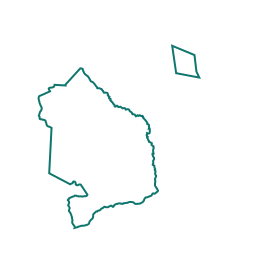 the district of San Manuel Colohete, Lempira, Honduras, rotated 156°
{"feature_id": "27666195B44208219646971", "entity_name": "San Manuel Colohete", "entity_type": "district", "adm_level": 2, "iso_a3": "HND", "parent_name": "Honduras", "parent_adm1": "Lempira", "projection": "natural_earth1", "projection_center": [-88.691, 14.444], "detail": "fine", "context": "isolated", "style": "outline", "palette": "teal", "viewbox_px": 256, "rotation_deg": 156, "n_neighbors": 0, "source": "geoboundaries", "source_scale": "gbopen_adm2", "svg_char_len": 5810}
<svg xmlns="http://www.w3.org/2000/svg" viewBox="0 0 256 256"><g transform="rotate(156 128 128)"><path d="M126.1,58.5L126.2,59.9L126.1,60.4L126.4,61.7L126.6,62.8L126.7,63.9L126.7,64.6L126.4,65.2L126.0,66.0L125.4,67.3L124.6,68.2L124.4,69.5L124.1,70.5L123.8,70.8L122.0,72.4L121.8,72.8L121.7,73.2L122.0,74.1L122.0,74.4L121.8,74.9L121.5,75.9L120.8,76.6L120.5,77.1L120.5,77.5L120.7,78.8L120.4,79.2L120.0,79.1L119.9,79.2L119.9,80.3L119.7,82.0L119.5,82.6L119.3,82.9L119.4,83.1L120.2,83.9L120.4,84.2L120.4,84.3L120.3,84.6L119.9,84.9L119.6,85.4L119.1,85.7L118.9,86.1L118.6,87.4L118.4,87.8L118.1,88.1L117.1,88.6L116.7,89.2L116.5,89.9L116.3,90.4L116.7,91.7L116.6,92.1L116.6,92.7L116.3,94.3L116.1,94.5L115.4,93.9L115.1,94.0L114.9,94.8L114.6,96.2L114.3,97.1L114.0,97.7L113.5,98.3L112.6,99.3L112.6,99.5L112.7,99.8L112.7,100.0L112.2,100.7L112.2,101.0L112.3,101.3L112.7,101.8L113.2,102.4L113.3,102.9L113.3,103.1L113.2,103.4L112.5,104.2L112.4,104.4L113.4,105.8L114.3,106.6L114.5,106.9L114.5,107.0L114.2,107.1L114.1,107.3L114.1,107.6L114.4,108.6L114.3,110.3L114.4,110.7L114.5,111.2L114.3,111.9L113.6,112.0L114.0,113.2L113.8,114.1L113.7,114.2L113.4,114.2L113.3,114.3L112.6,115.6L112.3,115.3L112.1,114.8L111.6,114.6L111.0,114.5L110.6,114.6L110.2,114.8L109.9,115.1L108.6,118.1L108.4,118.6L108.4,118.8L108.6,119.0L108.8,119.1L109.1,119.1L108.5,119.9L108.2,121.2L108.1,121.4L107.8,121.6L107.7,121.9L107.7,122.3L107.8,122.8L108.8,124.0L108.3,124.8L108.3,125.0L108.6,126.8L108.9,127.9L109.0,128.4L109.2,128.7L109.4,129.0L109.5,130.1L110.1,131.3L110.0,131.7L109.6,132.0L109.8,133.1L110.4,133.4L111.0,133.4L112.1,134.9L112.6,134.9L113.2,134.7L113.6,134.8L114.0,135.7L115.7,135.5L116.1,135.6L116.1,136.2L116.1,136.5L116.5,137.6L117.3,138.3L117.9,138.7L118.3,138.8L118.4,139.2L118.2,139.8L118.2,140.2L118.6,141.2L119.1,141.9L119.5,142.5L119.6,144.3L119.7,144.6L120.2,145.1L120.8,145.4L121.3,145.5L122.5,145.6L122.6,145.8L122.6,146.3L122.6,146.9L122.7,147.2L122.9,147.4L123.4,147.7L125.0,148.2L125.5,149.1L126.0,150.2L126.3,150.5L126.6,150.6L128.0,150.9L128.3,151.1L128.5,151.6L128.7,152.4L128.9,152.8L129.4,152.9L130.1,152.7L130.5,152.6L131.0,152.8L131.3,153.0L131.4,153.6L131.0,154.3L131.0,154.9L131.4,155.5L131.6,156.1L131.7,156.8L131.7,157.6L131.8,157.9L132.2,158.3L132.2,158.9L132.3,159.4L132.8,159.9L132.9,160.3L132.9,160.5L132.8,160.8L132.6,161.0L132.2,161.3L132.1,161.7L133.1,162.7L133.2,163.0L133.0,163.4L132.2,164.2L132.9,165.2L133.2,166.0L132.8,166.4L132.7,166.6L132.6,167.3L132.6,168.4L132.9,168.6L134.1,169.5L135.3,169.9L135.7,170.1L135.8,170.3L135.8,170.6L135.7,172.0L136.2,173.1L136.2,173.9L136.4,174.4L137.2,175.1L138.0,176.0L139.5,176.6L139.9,176.9L139.9,177.1L139.7,177.6L139.7,178.1L140.2,179.3L140.5,181.0L141.0,183.0L141.3,183.7L141.8,184.6L142.1,185.0L142.6,185.2L142.9,185.6L143.1,186.8L143.1,188.3L143.5,190.6L143.6,191.5L144.0,192.2L145.0,193.9L145.5,195.2L145.7,196.2L145.6,197.7L145.8,198.7L145.5,199.7L145.4,200.4L145.6,200.7L146.2,201.2L147.1,201.7L147.3,201.9L167.4,193.1L167.7,192.2L177.5,197.3L177.8,196.8L178.5,196.2L178.9,195.9L179.6,195.7L181.0,195.9L182.7,196.5L183.4,196.6L183.7,196.5L184.1,196.4L184.5,196.0L184.5,195.3L184.3,193.2L194.7,193.2L195.2,193.3L196.1,193.2L196.6,192.9L197.3,192.1L198.0,190.4L198.1,188.8L198.6,187.0L198.7,183.6L198.6,182.5L198.6,181.6L198.8,181.1L199.1,180.6L199.7,179.8L200.8,179.0L201.8,178.5L202.2,178.1L203.4,176.6L204.2,175.8L204.5,175.5L204.2,174.2L204.3,173.8L204.8,173.0L204.9,172.5L204.8,171.9L204.3,171.5L203.7,171.4L202.5,170.2L201.9,170.0L201.2,169.4L200.5,168.5L200.4,168.0L200.6,167.2L200.6,166.4L201.0,164.1L201.0,163.5L200.9,163.2L200.6,162.4L200.4,162.0L200.1,161.7L199.1,161.0L198.8,160.6L198.4,159.9L197.8,159.2L218.4,118.7L203.7,100.1L202.7,100.3L201.9,100.1L201.7,100.1L201.3,100.2L200.8,100.3L200.1,101.1L199.9,101.2L199.6,101.3L199.2,101.1L198.8,100.9L198.5,100.6L198.4,100.3L198.2,99.9L198.2,99.0L198.7,97.8L198.6,97.3L198.4,96.9L197.9,96.5L197.4,96.2L196.7,96.2L195.8,96.3L194.9,96.0L194.2,95.5L192.2,83.6L192.8,83.1L193.3,82.9L193.8,82.8L195.9,83.5L197.5,83.9L198.0,84.1L198.7,84.7L200.0,85.2L200.5,85.5L201.0,85.6L201.2,85.9L201.8,86.2L202.2,86.5L202.7,87.2L204.2,87.9L205.3,87.6L206.8,87.8L210.2,87.8L210.4,87.7L211.0,87.1L211.9,87.0L212.2,86.8L212.3,86.7L212.3,86.4L212.0,85.5L211.9,85.2L211.9,84.6L212.1,84.0L212.3,83.4L213.6,82.2L214.1,81.7L214.1,81.2L213.9,80.5L213.8,79.8L213.8,79.2L213.9,78.6L214.0,78.4L215.7,76.4L215.6,75.6L215.3,74.4L215.2,73.5L215.2,72.2L215.4,70.6L215.4,69.9L215.5,69.3L215.8,68.7L216.0,67.3L216.2,66.7L216.5,65.9L217.0,65.2L217.4,64.4L217.5,63.4L217.4,62.4L217.0,60.9L216.8,60.0L216.9,59.4L217.1,58.8L217.4,58.5L216.7,58.4L215.5,58.1L214.7,58.0L213.0,58.0L211.4,57.7L210.4,57.7L208.3,56.8L205.3,56.2L203.6,56.2L202.6,56.5L201.9,57.2L201.4,58.0L201.0,58.3L199.1,59.2L198.2,59.5L197.4,59.7L196.9,60.0L196.4,60.5L196.0,61.1L195.0,63.0L194.8,63.2L194.4,63.5L191.1,64.6L190.6,64.5L190.2,64.3L189.7,64.6L189.1,64.7L187.9,64.3L187.1,64.4L186.4,64.5L185.8,64.9L185.2,65.1L183.1,65.2L181.7,65.7L181.4,65.6L180.8,65.0L179.8,64.3L178.9,63.9L178.2,63.8L177.1,64.0L176.1,64.0L175.2,63.9L174.9,63.8L174.7,63.7L174.5,63.4L174.1,62.3L173.8,62.1L173.3,62.1L171.9,63.1L169.6,63.4L168.9,63.1L167.3,62.9L166.5,62.7L165.9,62.4L165.1,61.6L164.5,61.4L163.7,60.8L162.5,61.1L162.1,60.8L159.9,60.3L159.3,59.9L157.2,59.9L156.2,59.6L154.9,59.0L153.5,58.0L153.3,57.8L152.5,56.1L152.2,55.8L151.8,55.5L150.3,54.9L147.9,54.1L145.9,54.2L145.0,54.2L144.2,54.7L143.7,54.8L143.2,55.1L142.9,55.3L142.5,55.9L141.7,56.6L141.0,57.0L140.3,57.3L139.9,57.3L139.2,57.0L138.4,56.9L134.4,56.7L134.0,56.8L132.8,57.7L132.2,58.0L131.9,58.1L131.6,58.0L131.2,57.8L130.8,57.3L130.2,57.1L129.4,57.3L127.7,57.8L126.9,57.9L126.5,58.1L126.1,58.5ZM42.4,145.1L42.5,151.8L37.6,167.6L54.2,185.1L61.7,158.5L42.4,145.1Z" fill="none" stroke="#0f766e" stroke-width="2"/></g></svg>